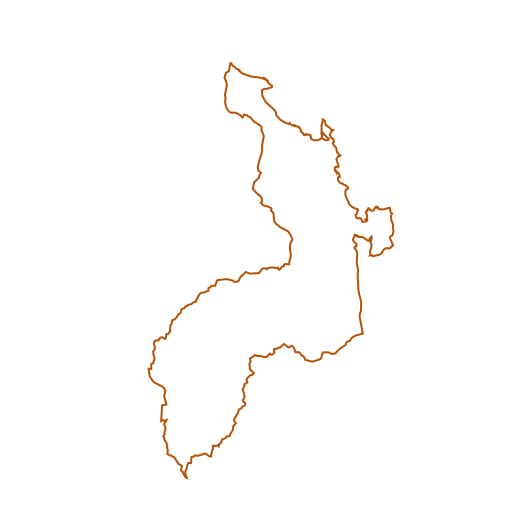 Pisco, Ica, Peru (Natural Earth projection), rotated 163°
{"feature_id": "86281439B1957856782963", "entity_name": "Pisco", "entity_type": "district", "adm_level": 2, "iso_a3": "PER", "parent_name": "Peru", "parent_adm1": "Ica", "projection": "natural_earth1", "projection_center": [-75.992, -13.889], "detail": "fine", "context": "isolated", "style": "outline", "palette": "amber", "viewbox_px": 512, "rotation_deg": 163, "n_neighbors": 0, "source": "geoboundaries", "source_scale": "gbopen_adm2", "svg_char_len": 6121}
<svg xmlns="http://www.w3.org/2000/svg" viewBox="0 0 512 512"><g transform="rotate(163 256 256)"><path d="M332.2,93.7L329.0,96.4L327.7,99.6L324.2,101.9L325.1,105.4L324.6,106.6L321.5,108.8L321.2,109.9L319.8,110.4L317.0,114.3L314.3,114.7L313.2,115.9L311.3,116.1L309.7,117.1L309.3,118.6L310.5,120.1L310.8,121.7L308.4,124.1L307.7,126.9L307.7,132.1L305.0,135.4L304.5,136.7L301.2,137.7L301.2,140.4L300.2,141.7L296.6,143.5L294.1,143.6L292.2,144.7L294.7,148.8L294.8,150.2L294.0,152.6L294.2,154.1L291.9,157.2L292.1,158.5L291.5,159.8L285.6,161.5L283.7,159.7L281.9,159.6L276.8,156.5L274.5,156.6L271.5,158.6L270.4,157.2L269.1,157.0L266.7,158.3L265.9,161.8L263.3,161.1L261.6,161.9L259.6,161.4L255.1,163.7L251.8,159.2L250.5,158.9L249.4,159.6L247.8,159.6L246.5,156.9L246.4,152.4L243.3,151.6L242.0,149.7L241.6,148.0L239.8,146.0L239.2,142.3L233.1,138.5L225.3,138.5L223.6,139.1L221.6,142.7L220.0,144.2L214.8,142.7L212.2,140.2L208.4,139.6L206.6,141.0L201.7,143.2L196.6,144.6L194.4,147.2L191.0,147.5L188.5,149.7L184.2,150.8L176.6,150.5L174.7,167.1L174.0,169.7L171.7,172.8L168.8,181.5L168.5,189.7L167.8,194.5L164.3,208.4L162.6,212.1L161.6,220.0L158.6,228.7L158.4,232.5L159.4,234.2L159.3,235.2L158.6,236.1L157.3,235.9L156.3,237.8L158.5,241.8L158.3,243.8L156.3,245.6L155.3,247.5L152.7,245.7L152.4,244.7L153.1,244.7L152.7,244.3L148.4,242.8L144.2,237.6L143.2,237.5L142.2,239.4L139.9,240.8L140.0,239.3L142.5,235.6L142.1,233.0L144.3,228.8L145.4,227.9L146.2,223.8L146.9,223.2L144.8,222.7L144.5,221.6L138.2,221.1L135.7,221.6L132.6,224.3L129.8,225.5L125.7,224.2L121.8,226.2L122.7,234.2L121.8,235.5L119.4,235.9L117.2,239.7L116.8,243.4L115.7,246.0L116.1,250.5L115.6,253.6L115.1,254.9L113.4,256.9L114.5,258.0L114.0,263.0L121.3,263.4L125.0,265.1L125.0,266.8L126.3,267.9L126.8,267.0L127.6,267.7L128.2,267.4L129.9,265.2L131.5,265.3L133.2,266.3L134.2,268.7L134.9,268.7L136.3,266.7L136.7,266.9L138.5,265.3L137.8,264.0L138.6,259.3L140.2,259.0L139.1,258.3L139.1,257.7L139.8,257.1L140.4,257.1L140.4,257.6L141.6,257.0L144.1,257.4L144.8,261.4L148.5,262.7L148.9,263.6L148.8,266.2L147.3,266.7L146.4,268.5L144.9,269.9L145.1,271.0L148.0,273.0L150.0,275.3L151.7,278.3L152.0,279.9L151.5,281.0L152.5,284.4L152.6,288.7L151.1,292.9L148.1,293.5L147.8,294.4L150.1,297.9L151.5,298.8L151.9,299.9L153.6,300.6L154.9,302.8L155.3,304.8L154.9,306.5L154.0,307.4L153.0,306.9L152.5,308.5L152.9,311.7L153.9,312.1L154.3,311.6L154.3,312.5L154.5,312.2L155.2,313.3L155.5,315.5L154.4,317.8L153.2,318.0L151.7,316.9L150.7,317.7L150.8,325.1L148.0,327.5L146.9,327.0L145.9,327.4L147.0,328.4L147.0,329.9L148.2,331.3L147.7,336.1L149.1,338.7L149.6,341.2L149.2,342.0L148.0,342.3L147.8,345.0L149.6,347.6L150.0,350.1L148.2,352.4L145.5,353.8L147.1,354.6L148.0,357.0L151.0,361.0L150.7,364.6L151.2,366.1L152.1,367.1L154.0,363.3L155.3,361.8L155.6,359.4L157.7,354.0L157.4,351.0L156.8,355.5L153.1,348.1L152.4,347.6L152.2,346.6L153.3,345.7L155.9,346.5L157.9,348.8L158.2,350.8L158.9,349.5L162.3,348.7L166.2,349.4L169.0,351.9L168.6,355.6L169.3,355.6L170.1,356.9L172.1,357.1L172.7,358.1L173.8,357.2L174.7,357.4L175.5,360.3L176.7,362.1L176.2,363.7L177.0,366.5L177.7,366.4L178.3,367.7L179.6,368.2L181.0,369.9L181.5,369.3L182.5,370.4L183.4,370.5L184.8,372.5L184.9,373.4L186.3,372.9L188.8,374.7L193.0,379.3L195.5,384.6L194.9,387.0L195.6,390.1L201.6,400.3L202.5,403.6L203.0,407.9L201.9,412.8L199.3,413.5L197.2,412.7L191.6,412.8L190.8,413.8L193.7,418.0L194.0,419.5L193.5,420.3L194.3,420.5L194.9,422.3L195.9,422.4L195.8,423.3L196.7,423.1L196.8,424.1L197.9,424.0L199.6,425.2L208.3,429.1L215.0,434.0L217.2,436.6L217.5,438.3L218.1,438.2L218.3,439.4L220.5,441.4L220.9,442.7L222.7,444.6L223.2,447.4L224.0,448.0L228.0,440.6L231.1,440.0L234.0,435.7L233.5,431.4L234.0,427.5L238.7,419.0L238.7,416.9L240.6,411.9L241.0,408.4L240.8,405.4L239.4,401.6L237.2,400.0L234.7,399.5L232.9,398.4L229.8,395.2L228.6,392.5L227.6,392.8L226.8,394.2L225.9,394.7L223.3,393.2L222.7,391.9L221.0,390.4L218.6,385.1L213.4,379.1L213.1,377.5L214.0,374.6L213.4,368.4L217.5,360.7L220.5,352.4L224.5,347.0L228.5,340.1L228.8,337.1L227.0,334.3L228.8,332.6L230.2,330.0L236.2,327.0L239.4,321.2L237.1,316.0L234.4,312.1L233.6,309.8L234.2,306.6L235.9,305.5L235.1,304.5L234.7,302.6L230.2,299.8L227.4,297.3L227.4,296.4L228.4,295.3L226.8,292.0L228.2,285.3L228.3,283.6L227.5,281.0L224.5,276.6L218.1,270.3L216.7,265.6L216.4,261.6L216.8,260.4L218.4,259.4L220.1,256.8L221.3,253.5L222.6,245.8L225.7,240.9L226.6,238.3L230.4,239.8L231.7,239.3L232.3,238.2L234.5,238.0L237.6,235.9L238.1,236.4L238.4,238.4L240.0,238.5L244.0,240.4L248.2,241.1L249.3,240.2L251.6,241.9L253.7,242.0L258.2,238.8L267.1,241.0L270.5,243.7L276.7,240.7L280.0,237.3L281.5,237.0L284.3,237.5L285.4,239.3L290.5,242.4L299.7,244.2L300.6,243.7L303.9,239.5L307.6,240.6L309.0,239.4L310.8,239.2L311.9,236.6L312.5,236.4L314.5,236.7L315.5,236.2L319.0,236.9L320.8,236.3L322.4,234.7L323.3,234.5L324.9,232.1L326.1,231.6L326.4,230.1L329.9,229.9L332.1,228.8L335.2,229.1L336.5,228.4L338.4,228.4L339.4,227.3L342.8,226.7L344.8,223.7L347.7,222.7L349.4,220.9L352.3,219.2L354.9,219.0L356.6,215.7L358.1,214.8L360.1,209.0L363.1,207.0L364.6,207.4L366.5,203.6L367.2,203.3L369.1,205.5L371.4,206.0L374.0,203.8L376.6,204.6L377.9,204.2L379.0,202.6L379.5,200.6L379.2,198.4L379.9,197.5L380.1,196.4L382.4,194.6L382.4,192.8L383.1,191.6L382.7,190.1L383.2,186.9L384.7,185.4L385.7,183.4L387.7,183.5L389.2,178.7L391.7,179.6L392.8,172.0L391.7,167.9L390.0,164.5L383.8,158.6L382.8,157.0L382.1,153.7L384.8,148.9L385.1,140.1L389.4,140.7L395.0,125.8L392.8,126.1L391.3,125.3L389.6,125.3L390.9,123.8L391.8,123.8L393.1,121.8L392.8,118.4L393.8,115.9L395.3,114.1L395.3,112.4L397.2,110.9L397.4,109.7L396.8,108.9L397.4,107.5L396.2,103.5L396.5,99.8L397.1,99.2L397.1,96.1L398.6,92.6L396.8,90.6L395.4,90.0L392.8,86.8L391.0,80.0L388.2,77.0L390.5,72.9L389.2,71.3L389.2,69.2L387.9,64.7L387.1,64.0L387.2,68.7L386.5,70.8L384.6,72.7L383.0,75.9L381.3,77.8L378.6,77.1L376.5,82.6L374.3,82.4L372.6,83.2L370.4,82.0L362.1,81.9L359.3,78.2L357.8,77.3L355.1,82.5L353.4,84.1L352.9,86.9L351.9,87.1L350.5,86.1L348.2,86.2L347.3,84.9L346.2,86.9L344.4,87.3L341.9,90.5L338.4,90.7L337.4,91.8L336.4,91.9L333.8,91.6L332.2,93.7Z" fill="none" stroke="#b45309" stroke-width="2"/></g></svg>